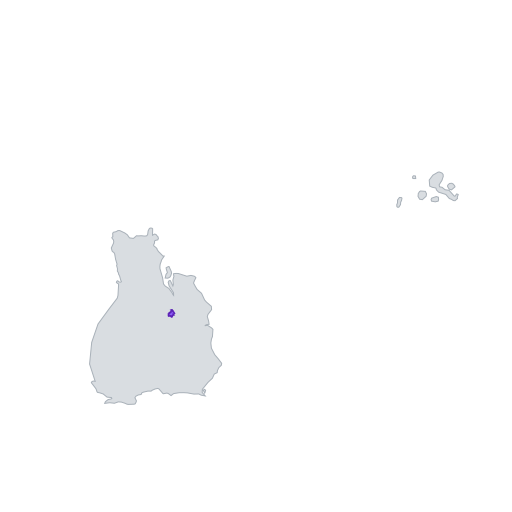 Urdaneta, Los Rios, Ecuador shown in context, rotated 149°
{"feature_id": "8360857B13036239300316", "entity_name": "Urdaneta", "entity_type": "district", "adm_level": 2, "iso_a3": "ECU", "parent_name": "Ecuador", "parent_adm1": "Los Rios", "projection": "natural_earth1", "projection_center": [-79.377, -1.567], "detail": "fine", "context": "in_parent", "style": "filled", "palette": "violet", "viewbox_px": 512, "rotation_deg": 149, "n_neighbors": 0, "source": "geoboundaries", "source_scale": "gbopen_adm2", "svg_char_len": 5188}
<svg xmlns="http://www.w3.org/2000/svg" viewBox="0 0 512 512"><g transform="rotate(149 256 256)"><path d="M461.6,207.6L460.1,208.7L456.7,209.1L454.0,208.1L453.0,208.1L452.8,209.1L456.4,211.8L458.0,216.4L460.5,219.3L462.1,220.7L462.2,221.7L461.7,223.6L461.6,225.1L462.4,232.2L461.9,232.7L460.0,232.7L458.4,231.4L454.3,249.1L441.3,266.6L426.4,279.1L409.3,286.3L396.7,291.3L394.7,293.2L388.6,302.1L388.3,303.0L389.1,304.5L389.2,305.4L388.3,306.0L387.5,306.1L387.1,305.6L386.9,304.6L386.0,303.5L385.1,303.2L384.5,303.4L384.5,304.4L383.2,309.2L383.1,311.5L382.6,312.4L382.6,314.5L381.3,316.4L380.4,319.6L379.3,320.6L378.0,325.6L376.1,330.5L376.0,332.2L376.6,333.4L376.8,334.3L375.9,337.4L371.5,340.4L370.4,341.8L369.9,343.4L370.2,344.8L370.1,346.0L368.7,346.4L367.2,349.2L366.1,349.8L363.3,348.9L361.3,348.9L359.7,348.0L356.6,343.3L355.4,340.5L355.1,336.7L352.0,334.2L348.0,334.9L346.8,334.0L343.8,332.4L341.3,330.5L339.4,329.6L337.9,330.1L335.5,333.1L333.2,334.5L332.2,334.4L330.9,333.5L330.6,332.5L334.0,327.1L331.5,327.0L330.6,325.8L330.5,324.5L330.1,323.0L330.6,321.3L331.9,320.4L333.9,321.1L335.3,321.1L336.2,319.5L338.0,318.3L338.4,317.4L337.4,314.8L337.1,313.4L337.4,312.6L337.3,309.7L336.8,308.7L336.7,307.1L336.2,306.2L336.0,304.2L334.7,303.2L338.9,301.3L340.4,299.9L342.2,298.5L343.8,296.5L344.9,294.5L347.3,285.4L349.7,279.6L349.3,276.9L347.4,273.1L346.9,267.6L347.1,266.0L346.9,264.7L345.6,267.0L345.9,275.1L344.8,278.7L343.2,279.6L342.1,279.0L342.7,273.1L341.5,274.1L339.7,278.1L336.6,281.1L336.5,282.1L335.7,283.3L333.4,282.2L331.6,281.0L325.7,274.3L321.8,272.9L319.4,270.6L318.9,269.6L318.7,268.3L321.0,266.9L323.5,265.0L323.7,260.9L323.7,257.6L321.9,252.1L322.7,244.8L322.2,242.0L320.2,235.9L321.7,232.9L327.2,230.7L328.9,229.2L330.2,224.4L331.4,221.6L333.9,222.7L335.8,222.6L333.2,221.5L331.1,217.2L330.7,215.3L334.8,209.4L336.9,207.8L339.5,204.7L341.7,200.0L342.2,192.6L341.3,187.3L340.7,181.7L342.0,180.2L345.3,179.5L348.0,177.7L349.4,176.0L352.6,176.3L356.3,173.7L362.3,172.4L370.6,169.4L372.4,166.8L371.6,162.2L374.7,165.0L376.1,167.2L380.3,169.6L385.4,174.1L388.7,176.3L392.3,178.4L397.5,180.5L400.7,180.1L402.1,183.5L403.2,184.5L406.3,185.6L406.6,186.0L407.7,192.2L408.4,193.1L411.0,194.0L414.2,194.4L415.5,194.2L418.3,195.9L422.7,197.3L424.2,197.5L424.9,197.2L425.2,196.6L426.5,196.7L428.4,197.5L431.1,197.7L432.8,196.9L433.1,193.5L433.8,192.7L435.7,191.5L436.7,191.7L441.8,194.5L442.9,195.4L444.2,197.3L446.6,200.1L449.2,201.9L453.2,202.7L457.0,205.6L461.6,207.6ZM59.2,203.8L60.7,205.7L61.6,211.0L66.6,216.7L67.3,219.8L66.8,221.3L67.1,221.9L69.5,224.1L71.1,226.4L68.4,231.9L62.7,234.2L56.7,234.1L55.5,233.5L53.9,231.4L53.6,229.6L54.5,227.8L57.6,225.1L62.4,222.7L63.0,220.8L61.1,219.0L59.8,215.4L56.7,212.9L55.2,205.2L54.2,204.8L52.2,205.9L51.2,205.0L51.0,204.5L53.2,202.7L53.7,201.5L56.9,200.9L58.3,201.9L59.2,203.8ZM82.8,227.0L81.5,227.0L77.6,224.2L77.8,221.5L79.4,219.6L84.4,218.6L86.5,220.4L86.4,223.7L84.6,226.1L83.3,226.6L82.8,227.0ZM339.6,291.1L339.1,292.2L336.7,292.1L336.0,291.8L336.6,286.4L337.3,284.7L339.2,283.0L340.9,282.2L343.0,282.4L345.2,283.9L342.6,286.6L340.5,287.4L339.6,291.1ZM55.3,217.9L52.8,218.5L50.7,217.5L49.8,215.9L49.6,213.6L49.8,212.8L54.4,212.0L56.0,213.9L56.0,216.8L55.3,217.9ZM105.8,231.1L102.9,232.3L101.2,231.1L101.1,230.4L102.7,228.6L104.3,227.6L105.7,225.6L108.4,224.3L109.1,224.6L109.6,225.0L109.8,225.7L109.0,227.4L107.4,228.6L105.8,231.1ZM76.8,214.3L75.6,215.1L70.8,214.1L69.4,212.4L70.6,210.1L71.6,209.2L74.4,210.1L77.3,212.6L76.8,214.3ZM80.6,243.5L79.5,243.6L78.1,242.4L79.2,240.1L81.2,241.3L81.7,242.2L80.6,243.5ZM370.3,168.1L368.9,168.3L368.3,166.9L370.0,165.3L370.6,164.9L370.3,168.1Z" fill="#d9dde1" stroke="#a8b0b8" stroke-width="1"/><path d="M359.2,252.1L359.3,252.1L359.5,252.0L359.7,251.9L359.8,251.9L360.0,251.9L360.1,251.7L360.3,251.5L360.2,251.4L360.3,251.4L360.4,251.2L360.5,251.1L360.8,251.2L360.8,251.3L361.0,251.4L361.1,251.2L361.2,250.9L361.2,250.7L361.3,250.6L361.5,250.4L361.6,250.2L361.8,250.0L361.8,249.9L361.9,249.6L361.8,249.4L361.7,249.4L361.4,249.3L361.2,249.4L361.0,249.1L360.9,249.1L360.7,248.9L360.6,249.0L360.4,249.0L360.3,248.9L360.2,248.8L360.2,248.7L359.9,248.6L359.9,248.4L360.0,248.3L360.0,248.2L360.0,247.9L359.9,247.9L359.9,247.7L359.8,247.4L359.8,247.2L359.7,247.1L359.4,247.1L359.4,247.3L359.2,247.3L358.9,247.4L358.9,247.5L358.7,247.6L358.7,247.8L358.7,247.7L358.7,247.8L358.4,248.0L358.2,248.0L357.9,248.0L357.8,247.9L357.5,247.9L357.4,247.9L357.2,248.0L356.9,248.2L356.9,248.3L356.8,248.2L356.8,248.3L356.7,248.4L356.7,248.5L356.4,248.7L356.4,248.8L356.3,249.0L356.3,248.9L356.2,248.9L355.9,248.8L355.4,248.8L355.4,249.9L355.4,250.0L355.4,250.3L355.5,250.4L355.5,250.5L355.6,250.8L355.6,251.0L355.7,251.3L355.8,251.4L355.8,251.5L355.7,251.7L355.7,251.8L355.4,252.0L355.5,252.2L355.6,252.3L355.8,252.5L355.7,252.7L355.7,252.8L355.8,253.0L355.7,253.1L355.8,253.2L356.0,253.2L356.1,253.3L356.3,253.2L356.5,253.0L356.5,252.9L356.6,253.0L356.6,252.9L356.7,252.7L356.8,252.7L357.0,252.6L357.2,252.4L357.3,252.4L357.3,252.2L357.5,252.0L357.6,251.9L357.7,251.7L357.8,251.7L358.0,251.8L358.3,251.8L358.5,251.9L358.6,252.0L359.2,252.1Z" fill="#8b5cf6" stroke="#5b21b6" stroke-width="1.5"/></g></svg>